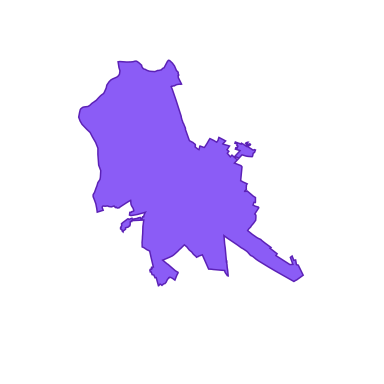 outline of Craiova, Dolj, Romania, rotated 34°
{"feature_id": "2599482B2601766067029", "entity_name": "Craiova", "entity_type": "district", "adm_level": 2, "iso_a3": "ROU", "parent_name": "Romania", "parent_adm1": "Dolj", "projection": "robinson", "projection_center": [23.801, 44.323], "detail": "fine", "context": "isolated", "style": "filled", "palette": "violet", "viewbox_px": 384, "rotation_deg": 34, "n_neighbors": 0, "source": "geoboundaries", "source_scale": "gbopen_adm2", "svg_char_len": 6002}
<svg xmlns="http://www.w3.org/2000/svg" viewBox="0 0 384 384"><g transform="rotate(34 192 192)"><path d="M248.9,246.6L251.2,245.2L252.9,244.4L263.0,238.8L263.8,239.7L264.6,240.2L265.5,240.6L266.4,240.9L268.1,241.6L268.9,241.3L265.3,236.9L263.4,234.9L261.4,232.4L259.8,230.9L260.1,230.7L259.4,229.8L259.1,230.0L253.0,222.5L250.9,219.9L248.1,216.8L242.9,210.3L246.6,210.5L259.3,210.5L264.0,210.7L266.3,210.5L270.3,210.5L271.8,210.7L275.4,211.7L276.2,211.8L278.0,211.5L279.0,211.5L282.8,211.9L285.8,211.9L297.0,211.4L305.0,210.9L326.5,209.2L327.4,207.2L327.9,206.5L330.7,198.8L321.0,193.2L319.2,193.8L315.9,190.4L314.6,191.7L310.8,189.1L310.1,191.2L316.1,195.6L313.8,197.4L297.1,197.8L297.1,195.6L288.1,195.0L288.5,193.8L281.0,193.5L277.0,193.2L275.5,192.9L273.3,193.3L271.3,193.5L265.8,193.4L259.7,192.9L259.7,190.6L259.7,190.4L259.8,190.1L260.2,188.3L260.1,186.8L260.5,183.6L260.6,179.8L260.4,179.5L259.4,177.7L258.1,175.7L257.5,175.3L256.3,175.1L256.3,173.4L256.2,167.8L255.6,167.7L255.4,167.4L252.4,168.4L249.9,168.7L249.1,165.9L250.4,165.3L250.3,165.0L247.7,161.1L245.4,161.2L237.2,160.3L236.7,161.0L236.3,161.4L236.1,161.4L235.3,162.0L235.2,161.8L235.6,159.4L234.4,157.9L233.8,156.7L233.4,156.2L233.2,155.4L233.2,154.4L228.2,155.2L227.1,155.2L226.0,155.4L223.3,150.4L219.4,143.2L218.2,142.8L217.7,142.8L211.0,144.3L212.7,133.2L216.7,132.0L218.5,131.2L221.8,129.3L222.1,129.1L222.2,128.7L222.1,128.2L221.1,125.7L221.7,124.2L221.1,121.7L220.1,121.9L219.3,123.0L218.6,123.2L217.3,123.1L212.5,123.3L213.0,122.3L213.8,121.0L213.6,120.9L213.9,120.3L213.9,119.9L212.9,119.7L212.7,120.9L212.3,120.9L212.3,121.6L211.6,121.5L211.6,120.9L211.1,120.8L210.9,121.2L210.5,121.0L210.6,119.4L210.3,119.6L210.2,120.1L209.6,120.5L209.2,121.7L212.0,122.7L211.8,123.7L208.6,123.7L205.7,123.9L205.9,124.8L202.9,125.6L200.0,126.3L200.3,127.6L202.6,126.9L203.2,128.3L204.0,128.2L204.3,129.1L204.6,129.0L204.9,130.3L204.2,130.5L204.3,130.9L203.6,131.0L204.0,132.2L208.7,130.8L208.7,131.1L207.6,138.4L207.6,138.5L207.9,138.5L211.9,137.6L211.5,140.0L204.5,139.1L204.1,141.4L201.1,140.6L199.6,140.1L199.8,137.7L197.4,137.4L197.4,132.9L191.1,134.9L190.6,134.9L191.3,130.9L188.9,131.1L183.8,131.7L184.0,132.6L184.7,134.6L184.6,136.9L181.1,137.1L177.0,137.7L177.0,139.3L177.3,143.2L177.4,148.1L176.9,148.4L172.9,149.4L172.9,149.5L173.0,150.0L173.8,151.9L174.1,153.0L172.4,153.1L169.4,152.9L169.0,151.8L168.4,151.4L168.3,150.9L167.9,150.7L166.9,150.6L165.9,150.6L165.2,150.4L162.0,150.8L161.3,150.8L160.6,150.5L151.4,143.7L151.0,142.9L150.2,142.3L148.6,141.3L146.4,139.8L145.6,139.6L144.6,138.6L143.6,138.0L141.5,136.2L140.6,135.2L127.4,124.8L118.1,117.8L115.8,116.3L115.9,115.7L116.8,115.1L117.3,114.3L118.1,113.8L118.4,113.0L119.3,111.5L121.2,109.7L122.6,108.9L123.0,108.4L117.5,105.3L116.9,105.1L116.4,104.4L115.5,103.5L115.4,103.3L115.7,102.6L115.0,101.9L114.4,101.8L113.7,100.6L113.1,100.3L112.0,100.1L111.5,100.2L107.0,97.3L103.7,96.1L99.9,95.5L98.8,96.0L98.6,97.5L99.4,104.7L99.1,105.0L98.7,105.7L98.4,106.5L98.4,107.4L98.3,107.8L96.6,109.7L95.6,110.4L94.3,112.4L93.8,113.0L90.0,115.2L88.7,115.8L86.2,116.4L84.9,116.4L83.8,116.8L82.6,117.0L81.2,116.5L80.0,115.9L79.4,115.1L76.3,114.6L74.7,114.5L73.5,114.5L72.5,114.7L71.6,115.4L70.2,117.0L68.5,118.4L65.3,120.7L59.2,124.2L57.9,125.4L61.9,129.7L64.5,131.8L66.0,134.9L66.0,136.5L65.8,137.8L65.3,139.0L63.0,142.6L62.1,144.4L61.6,146.9L61.6,151.0L62.7,153.7L63.5,158.2L63.6,159.8L62.7,162.2L62.3,163.7L61.8,166.5L61.4,169.4L59.4,174.6L58.9,177.1L58.0,179.2L54.8,182.0L54.0,183.0L53.3,185.2L53.3,186.1L54.3,188.9L56.2,193.3L59.5,195.7L63.0,197.4L69.9,198.9L74.2,199.6L78.4,201.9L84.4,204.8L89.5,208.3L93.0,213.5L99.6,221.9L104.4,225.3L107.8,231.0L108.7,233.1L108.7,236.8L109.7,239.9L110.4,243.0L111.4,246.8L111.5,249.3L111.9,250.1L112.7,251.2L115.8,253.3L118.8,255.5L122.4,259.1L124.7,261.7L128.6,256.8L126.3,255.2L125.9,254.5L126.1,253.3L127.9,252.4L129.7,250.8L131.3,250.5L133.3,249.5L133.6,249.3L135.2,247.2L137.2,247.7L137.5,247.0L138.2,247.1L138.9,247.1L139.4,246.8L140.5,245.7L140.6,245.1L140.9,244.2L143.7,237.6L145.7,233.3L145.8,233.2L146.4,233.9L147.2,235.0L148.5,236.5L150.0,237.4L150.5,237.6L152.4,238.5L154.0,239.8L154.3,240.4L154.2,240.6L153.0,242.0L153.1,242.6L153.0,242.9L151.9,243.4L151.9,243.8L152.2,244.4L153.1,246.1L154.6,245.7L159.3,241.2L164.6,235.0L164.6,235.6L165.0,237.3L165.3,238.5L165.8,239.6L164.9,240.1L165.2,241.0L165.1,241.3L165.6,242.2L165.3,242.6L165.2,242.8L165.0,243.1L164.7,243.0L164.1,242.5L163.9,242.5L163.5,242.0L163.3,242.0L162.0,243.4L162.2,243.5L162.1,243.8L157.8,247.9L156.9,247.3L156.3,248.1L155.1,250.0L154.1,249.9L153.7,250.3L153.3,251.5L151.7,256.1L151.3,257.8L152.4,258.9L152.4,259.2L152.6,259.5L152.6,261.2L153.1,261.2L153.3,262.5L154.8,262.7L155.2,262.6L156.3,263.6L157.2,263.7L156.9,263.0L156.9,262.4L157.7,260.2L157.7,259.9L156.9,259.0L156.9,258.8L157.3,258.3L158.5,257.1L158.9,256.3L159.0,255.0L159.3,255.0L159.4,254.8L158.8,253.3L157.6,251.5L157.8,251.3L157.5,250.8L158.5,250.1L158.0,249.5L167.7,242.2L170.5,247.9L174.4,254.1L175.8,256.6L177.1,258.7L178.9,261.9L179.6,262.8L181.4,265.4L183.6,265.0L186.5,265.1L189.9,264.6L194.5,269.0L201.9,275.8L200.8,276.8L201.1,277.1L200.8,277.3L201.6,277.9L201.1,278.4L201.6,278.9L200.6,279.7L201.1,280.8L201.7,281.1L202.1,281.6L203.0,281.1L205.1,282.8L206.8,282.2L209.3,283.8L210.2,283.0L216.6,288.5L216.8,288.3L216.9,286.4L217.2,286.1L219.3,286.2L219.4,285.4L219.6,285.2L219.8,284.1L220.8,283.0L220.8,282.4L221.0,281.5L220.6,278.6L220.7,276.4L220.9,276.2L221.1,275.9L220.8,275.7L221.0,275.4L221.2,275.1L221.4,275.0L222.7,274.6L225.2,274.5L225.7,274.6L227.1,274.6L226.0,269.6L225.8,268.0L225.8,267.3L225.4,266.4L222.3,266.6L212.4,265.4L211.9,265.5L205.8,264.9L209.9,258.6L211.4,256.0L212.0,254.4L212.6,252.2L213.4,248.9L213.6,247.4L214.3,244.7L215.2,240.1L218.4,240.4L222.1,241.6L225.3,241.9L227.9,242.8L230.0,243.1L231.4,243.2L232.2,243.6L232.6,242.9L233.1,242.4L233.2,242.1L233.2,241.8L233.6,241.2L235.7,238.3L248.9,246.6Z" fill="#8b5cf6" stroke="#5b21b6" stroke-width="1.5"/></g></svg>